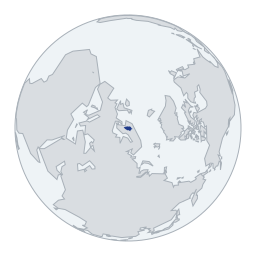 Hedmark highlighted on a globe, orthographic projection, rotated 117°
{"feature_id": "NOR-919", "entity_name": "Hedmark", "entity_type": "County", "adm_level": 1, "iso_a3": "NOR", "parent_name": "Norway", "parent_adm1": "", "projection": "orthographic", "projection_center": [11.196, 61.296], "detail": "fine", "context": "on_globe", "style": "filled", "palette": "blue", "viewbox_px": 256, "rotation_deg": 117, "n_neighbors": 0, "source": "natural_earth", "source_scale": "10m", "svg_char_len": 10971}
<svg xmlns="http://www.w3.org/2000/svg" viewBox="0 0 256 256"><g transform="rotate(117 128 128)"><circle cx="128" cy="128" r="113" fill="#eef3f6" stroke="#a8b0b8"/><path d="M15.4,125.9L15.7,127.3L16.6,121.2L16.7,118.3L16.3,117.6L17.8,107.1L19.6,101.0L30.8,71.8L33.4,67.8L35.6,65.4L50.5,50.2L38.9,60.4L42.6,56.0L47.6,51.1L47.3,51.9L54.1,47.0L58.9,43.1L67.9,39.2L75.7,40.4L72.6,41.8L74.9,42.1L78.9,40.4L81.0,39.2L94.1,39.2L107.7,36.1L111.0,33.1L111.1,35.5L116.7,28.8L123.4,26.6L116.4,30.3L116.1,31.7L121.0,30.8L121.8,32.0L124.7,32.4L125.2,34.0L121.0,36.2L121.3,37.4L124.7,36.7L127.4,38.0L122.3,38.8L126.5,41.3L120.4,45.9L106.3,47.5L103.5,52.0L90.5,59.0L92.3,60.0L88.5,63.5L89.1,66.0L86.5,66.7L89.2,68.1L91.4,66.9L93.4,67.2L94.0,68.6L90.8,69.7L90.0,69.2L89.4,70.3L87.5,70.3L88.8,71.1L84.8,72.4L89.5,73.2L87.1,76.1L84.2,76.4L83.5,73.6L75.2,67.9L72.1,67.7L68.5,70.1L63.7,80.2L60.8,81.2L57.4,84.6L59.5,85.3L62.9,82.8L65.9,85.0L69.7,82.0L71.4,82.5L75.7,80.7L76.1,84.0L74.2,88.3L70.7,90.1L69.8,92.1L74.0,93.0L68.3,99.0L66.0,107.8L64.4,109.1L59.8,106.7L57.6,100.0L51.6,97.6L56.6,102.4L52.5,105.8L52.3,107.8L53.1,109.6L55.1,109.6L53.9,111.5L48.6,107.4L49.6,105.5L51.2,106.8L50.2,103.7L46.6,101.3L44.8,103.4L41.2,97.9L39.9,99.5L38.4,99.2L40.7,97.1L36.5,100.9L32.0,96.1L26.1,102.5L30.7,93.7L31.7,89.4L32.3,84.8L31.3,85.8L33.5,78.9L33.2,75.2L29.6,77.5L26.1,83.1L24.0,90.1L24.9,90.3L24.3,95.0L21.4,96.5L19.7,106.1L17.9,109.1L16.9,113.7L17.0,117.7L16.7,123.2L17.7,124.2L18.8,128.2L17.6,131.5L19.2,131.5L19.2,136.0L22.1,146.2L21.6,146.2L23.9,158.6L28.3,169.5L29.4,174.0L28.6,174.3L30.6,177.9L30.7,178.9L40.4,192.6L46.8,200.9L47.5,203.8L44.1,202.3L44.8,203.9L39.3,197.4L34.3,190.5L29.8,183.2L25.9,175.6L22.6,167.7L19.9,159.7L17.8,151.4L16.4,143.0L15.5,134.5L15.4,125.9ZM24.4,103.9L22.7,116.7L22.1,111.3L22.5,111.9L23.3,108.2L24.2,102.4L24.1,98.0L24.4,103.9ZM27.3,105.3L27.5,103.3L27.5,105.0L27.3,105.3ZM81.8,38.5L78.9,40.3L75.0,41.4L77.3,39.8L81.8,38.5ZM89.4,36.9L88.2,38.0L85.8,37.3L87.2,36.9L89.4,36.9ZM113.2,30.9L110.7,31.6L112.9,30.5L113.2,30.9ZM125.0,32.1L125.4,31.6L126.7,32.0L125.0,32.1ZM75.2,79.0L75.4,79.8L74.5,79.7L75.2,79.0ZM76.8,77.4L75.5,76.7L76.1,75.9L76.9,76.3L76.8,77.4ZM128.6,34.9L130.5,35.9L127.9,35.3L128.6,34.9ZM78.2,78.5L77.3,74.5L78.4,73.1L82.1,73.7L78.2,78.5ZM131.2,36.7L135.8,39.1L137.2,38.0L135.9,42.7L132.4,39.0L128.9,38.4L131.0,37.8L131.2,36.7ZM91.9,66.0L89.6,67.2L91.0,64.9L91.9,66.0ZM92.4,64.4L94.0,57.2L97.8,56.1L96.5,58.7L100.9,56.3L102.0,59.4L99.7,61.3L97.1,61.4L99.5,62.5L92.4,64.4ZM134.3,45.0L134.8,46.0L133.5,45.4L134.3,45.0ZM94.3,67.1L94.3,65.7L97.5,64.6L98.1,67.3L96.9,66.7L94.3,67.1ZM101.6,54.3L104.1,54.1L105.7,56.4L106.9,56.6L102.3,59.3L101.6,54.3ZM96.4,67.7L98.4,68.7L97.3,70.5L94.5,68.4L96.4,67.7ZM98.1,63.2L99.7,62.9L99.0,63.9L98.1,63.2ZM94.8,77.6L94.7,75.8L96.4,75.1L94.8,77.6ZM99.1,68.9L99.5,68.3L100.1,67.8L101.2,68.8L99.1,68.9ZM103.7,60.9L103.8,61.9L105.6,59.9L106.9,61.6L103.6,63.1L105.5,63.2L105.9,63.8L102.8,64.4L103.7,60.9ZM104.2,68.5L100.5,71.2L100.2,74.6L98.7,75.3L99.4,69.7L104.2,68.5ZM103.6,66.0L103.6,67.7L101.8,67.7L100.6,66.5L103.6,66.0ZM108.9,62.3L107.8,59.2L108.6,59.0L108.9,62.3ZM104.5,69.5L105.4,68.8L104.7,69.7L104.5,69.5ZM107.9,64.5L107.5,63.4L108.3,63.2L107.9,64.5ZM107.5,68.5L106.3,69.3L105.5,68.5L107.5,68.5ZM108.0,66.6L109.3,66.6L106.0,67.7L107.7,66.2L108.0,66.6ZM108.8,64.5L109.2,64.0L108.9,65.0L108.8,64.5ZM111.4,71.0L107.3,72.6L105.5,70.8L109.7,69.5L111.4,71.0ZM240.5,122.0L240.5,125.1L239.9,123.8L239.5,125.5L238.3,121.4L235.5,118.9L235.4,124.6L234.2,122.3L230.4,122.5L229.6,130.8L229.2,147.0L231.2,153.6L230.2,159.8L223.9,157.2L220.1,152.3L218.5,155.9L211.5,155.7L201.2,166.1L199.2,165.2L197.4,168.0L192.4,169.3L189.2,167.3L186.4,169.5L195.0,174.5L197.9,172.0L199.6,166.3L201.4,168.8L206.2,167.9L202.8,179.8L186.7,197.7L184.3,193.1L167.5,182.5L167.6,180.3L167.4,180.1L167.2,179.7L166.5,183.6L163.4,180.9L173.2,190.3L175.3,194.7L186.5,198.1L185.7,199.5L189.0,199.3L198.7,190.8L198.9,192.6L194.9,203.2L180.7,219.3L182.1,222.8L180.3,226.1L170.4,231.5L170.2,232.3L165.0,234.4L164.5,234.6L155.4,237.3L146.0,239.2L136.6,240.3L135.0,240.4L128.8,238.2L132.7,235.8L132.0,233.7L123.3,227.7L125.3,223.7L122.7,221.8L117.6,222.1L114.6,219.6L111.4,219.2L91.1,216.9L84.5,211.9L75.5,198.0L78.8,194.6L78.7,188.7L101.1,173.0L106.7,175.4L125.4,173.7L127.8,174.5L126.6,180.0L141.4,185.3L145.0,180.3L157.4,181.0L165.1,178.4L166.1,167.6L153.6,171.7L150.5,167.3L159.8,159.7L170.6,155.9L169.7,154.1L162.1,152.4L163.8,147.5L159.4,151.4L161.8,152.8L159.1,155.3L156.7,154.3L157.4,152.5L153.9,152.7L151.5,161.2L153.7,163.5L145.0,166.9L147.8,171.2L145.8,173.9L140.3,167.7L140.2,165.0L130.7,158.2L130.0,161.3L138.9,168.0L136.5,167.7L135.6,172.3L134.3,168.6L124.8,160.7L116.4,162.5L107.2,172.8L102.0,172.9L97.0,169.8L99.0,158.7L110.4,159.7L111.2,156.1L107.8,150.1L111.5,151.0L111.5,148.8L115.6,148.9L120.4,143.7L124.4,143.1L125.2,136.2L127.4,135.0L126.3,139.4L127.7,142.3L137.6,140.8L139.2,139.1L138.9,134.8L141.7,135.0L140.1,131.0L145.3,128.1L137.7,128.4L137.1,123.6L139.6,119.2L138.1,117.8L134.0,124.8L133.6,127.7L135.4,130.0L133.1,138.0L130.0,139.6L127.2,131.6L122.3,133.1L122.3,126.4L133.4,111.0L138.6,107.3L149.5,110.9L148.9,114.3L144.7,114.7L149.6,118.6L148.7,116.2L151.0,116.5L151.1,112.2L152.7,112.3L150.0,108.2L152.0,107.7L153.7,110.3L155.5,103.8L159.3,101.9L159.0,100.4L157.4,99.4L163.4,97.7L162.8,96.7L160.7,96.9L158.2,95.0L156.1,91.2L158.3,90.8L159.3,92.2L164.8,94.5L167.2,98.2L167.9,97.7L166.3,94.4L159.6,91.5L157.7,89.3L161.0,90.2L159.7,89.7L159.4,88.5L161.2,87.1L157.7,85.9L152.0,74.0L154.8,70.1L158.4,72.1L156.7,64.0L160.1,60.6L158.1,60.7L155.9,57.1L154.8,58.1L153.7,57.9L147.7,49.5L147.9,47.4L143.1,44.2L142.0,44.3L141.6,45.7L135.9,42.7L137.2,38.0L139.5,38.0L138.9,35.2L144.1,35.7L148.1,34.9L154.2,37.3L156.9,36.6L156.3,35.6L159.5,34.1L168.0,34.7L163.7,38.5L151.3,39.3L156.6,39.3L156.1,40.7L158.5,41.5L162.1,41.5L162.1,40.6L171.7,48.3L182.0,52.0L179.4,48.0L180.7,46.2L190.1,47.8L205.6,59.7L207.5,58.1L209.5,59.1L212.0,62.6L209.2,61.3L209.3,63.6L207.3,62.4L210.5,67.9L207.7,66.5L211.5,71.6L213.2,71.2L211.4,66.8L215.9,72.1L217.6,69.8L221.0,71.9L228.5,83.9L231.4,92.9L232.2,94.3L231.8,96.3L233.7,102.1L236.5,101.8L237.2,103.6L239.1,113.2L238.7,112.1L237.6,117.3L239.1,122.7L240.1,119.8L240.4,121.4L240.5,122.0ZM94.5,183.3L94.1,185.2L94.5,183.3ZM183.0,156.7L188.9,153.1L184.7,148.4L186.6,146.6L184.5,145.7L184.3,148.0L178.9,145.1L180.9,141.4L179.4,138.9L177.3,140.0L174.6,147.3L182.3,151.5L181.6,155.0L183.0,156.7ZM22.2,146.5L22.5,148.3L21.9,146.7L22.2,146.5ZM21.2,111.8L21.2,114.0L20.9,115.7L20.7,114.2L21.2,111.8ZM23.4,129.8L23.8,132.5L23.0,130.3L23.4,129.8ZM22.6,118.7L23.0,127.8L21.5,123.8L21.4,118.1L22.0,121.2L22.6,118.7ZM25.6,106.1L25.4,107.7L24.9,107.9L25.6,106.1ZM27.3,106.6L27.3,106.1L27.7,105.0L27.3,106.6ZM52.8,106.1L53.2,106.5L53.7,108.5L52.7,108.0L52.8,106.1ZM60.4,115.1L58.4,118.1L59.1,115.6L57.3,115.3L56.8,109.8L63.6,109.5L60.6,110.6L60.4,115.1ZM57.9,102.6L57.5,106.0L57.7,102.3L57.9,102.6ZM107.3,137.1L109.1,138.8L108.0,141.3L102.9,142.4L104.3,138.7L107.3,137.1ZM111.8,140.6L110.5,132.5L113.6,131.7L112.1,133.5L114.3,133.7L112.4,136.7L116.7,143.9L116.1,146.7L106.9,147.0L110.3,145.3L108.3,143.7L111.8,140.6ZM101.5,115.0L101.0,111.9L108.5,114.0L108.1,116.6L103.0,117.8L100.4,115.4L101.5,115.0ZM84.9,80.4L84.2,79.4L85.1,79.0L86.4,79.6L84.9,80.4ZM94.6,76.8L88.8,84.6L87.7,83.8L85.7,89.6L82.0,89.7L83.5,85.9L79.1,90.4L78.9,87.1L76.3,90.4L79.9,82.0L79.6,79.3L81.4,82.3L84.8,82.2L86.1,81.3L89.8,77.0L90.8,71.4L94.3,70.5L96.5,71.4L96.8,72.7L94.4,72.8L96.5,74.4L93.3,75.5L94.6,76.8ZM120.4,84.9L117.6,84.2L121.2,88.3L118.0,89.1L118.7,89.5L116.7,91.5L115.4,94.6L113.9,94.6L114.0,95.8L112.8,97.2L112.5,98.9L109.6,99.5L109.0,101.7L107.9,100.7L107.7,104.4L106.5,101.9L104.8,103.6L106.8,105.1L91.6,104.6L86.2,106.6L82.2,109.7L80.8,105.2L83.5,99.6L88.4,94.2L93.8,93.1L92.2,91.4L94.3,90.3L94.7,92.1L95.4,88.8L97.2,88.4L101.6,84.2L101.3,79.7L102.9,78.1L103.9,79.7L104.8,77.0L107.8,78.9L109.0,77.9L113.2,78.8L114.5,82.5L115.7,81.1L119.0,81.8L120.4,84.9ZM112.5,71.4L114.8,75.5L114.2,78.0L107.1,75.4L105.6,76.2L101.1,74.7L102.1,71.1L103.3,71.8L104.7,71.7L103.8,72.9L105.6,71.8L107.3,72.8L109.1,72.3L109.4,73.8L112.5,71.4ZM130.1,172.3L131.9,172.4L134.7,171.9L134.2,174.8L130.1,172.3ZM123.5,167.1L125.1,166.6L125.7,170.4L123.8,170.3L123.5,167.1ZM125.4,163.3L125.1,166.3L124.1,164.7L125.4,163.3ZM127.7,138.8L129.3,138.2L129.7,139.1L129.0,140.7L127.7,138.8ZM130.7,97.8L129.1,96.8L129.4,96.1L127.7,92.5L130.0,91.7L131.9,93.5L130.7,97.8ZM164.3,170.1L162.4,172.8L161.1,172.3L162.0,171.5L164.3,170.1ZM147.8,174.8L151.8,175.1L147.6,175.5L147.8,174.8ZM132.8,96.3L131.8,94.9L133.5,95.3L132.8,96.3ZM131.5,90.9L133.4,91.1L130.0,91.2L131.5,90.9ZM183.4,226.1L183.4,225.9L187.3,222.4L192.9,218.5L195.8,215.4L196.8,216.0L189.0,222.7L183.4,226.1ZM240.6,131.0L239.5,132.9L239.9,129.4L240.6,124.3L240.6,131.0ZM231.6,153.7L233.5,154.8L232.7,157.3L231.6,153.7ZM234.9,92.5L232.8,86.9L233.0,87.3L234.7,91.9L234.9,92.5ZM231.0,82.6L231.4,83.4L231.5,83.9L231.0,82.6ZM233.4,95.8L233.9,98.7L233.4,98.0L232.3,94.0L233.4,95.8ZM223.5,73.9L225.6,75.9L226.4,77.1L225.7,77.0L223.5,73.9ZM150.5,88.3L150.4,94.0L151.8,97.9L154.9,99.5L150.5,99.8L148.3,93.9L150.5,88.3ZM151.6,75.7L148.8,74.5L150.0,73.5L150.8,73.7L151.6,75.7ZM149.9,76.1L146.6,77.6L145.1,75.9L148.0,75.1L149.9,76.1ZM139.8,86.8L139.6,88.5L138.2,88.1L139.8,86.8ZM231.4,83.3L231.1,82.7L230.4,81.0L231.4,83.3ZM230.0,80.8L229.3,78.8L231.1,83.1L228.7,79.5L227.7,77.2L230.0,80.8ZM208.5,54.9L207.4,54.7L205.8,52.6L207.0,53.3L208.5,54.9ZM199.5,46.0L205.0,51.9L209.2,57.1L209.0,56.1L212.0,58.4L211.0,59.3L206.3,54.7L203.6,51.0L200.9,49.5L197.5,46.5L194.8,45.9L192.6,44.4L194.2,43.9L199.5,46.0ZM193.7,45.8L187.7,44.2L185.8,41.0L186.7,40.6L190.2,42.7L191.0,44.2L193.7,45.8ZM185.7,42.9L186.4,44.5L179.2,46.3L177.2,45.9L181.7,42.6L182.6,43.9L184.7,44.1L185.7,42.9ZM135.9,45.6L134.9,46.0L135.2,45.1L135.9,45.6ZM153.2,58.5L151.7,58.1L152.0,57.0L153.2,58.5ZM147.8,56.3L148.4,57.8L146.8,56.4L147.8,56.3ZM150.0,61.3L148.2,58.5L151.2,61.0L150.0,61.3Z" fill="#d9dde1" stroke="#a8b0b8" stroke-width="1"/><path d="M129.0,125.9L129.0,126.0L129.0,126.6L128.9,127.2L129.0,127.3L129.2,127.5L129.3,127.5L129.6,127.8L129.6,128.1L129.5,128.3L129.4,128.4L129.4,128.5L129.0,128.5L129.1,128.8L129.1,129.0L129.4,129.5L129.4,129.8L129.3,130.0L129.3,130.3L129.2,130.4L129.1,130.6L128.9,130.7L128.9,130.8L128.7,130.7L128.7,130.8L128.7,130.7L128.6,130.4L128.4,130.2L128.3,129.9L128.2,129.8L128.2,129.7L128.0,129.4L127.9,129.3L127.9,129.2L127.6,129.0L127.5,128.9L127.4,128.6L127.3,128.4L127.5,128.3L127.6,128.1L127.5,127.6L127.5,127.2L127.4,127.1L127.2,127.2L126.9,127.1L127.0,126.9L126.9,126.8L126.7,126.7L126.8,126.5L126.8,126.4L126.7,126.4L126.6,126.2L126.8,126.0L126.8,125.9L127.0,125.8L127.0,125.7L127.1,125.3L127.2,125.2L127.5,125.3L127.5,125.2L127.6,125.3L127.6,125.2L127.9,125.3L128.0,125.3L128.0,125.5L128.3,125.7L128.3,125.8L128.5,125.9L128.9,126.0L129.0,125.9L129.0,125.9Z" fill="#3b82f6" stroke="#1e3a8a" stroke-width="1.5"/></g></svg>